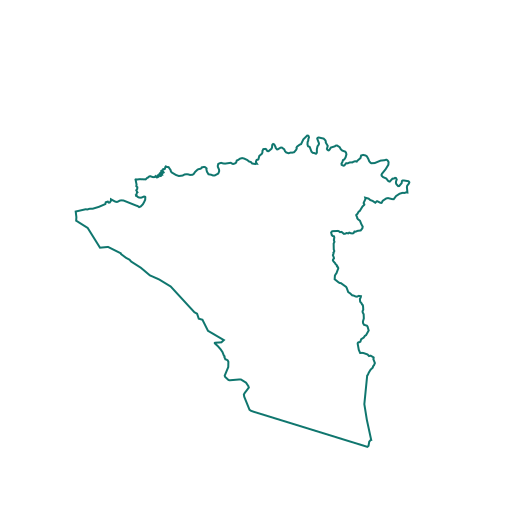 the district of Gontougo, Zanzan, Ivory Coast, rotated 115°
{"feature_id": "98640826B5040161076408", "entity_name": "Gontougo", "entity_type": "district", "adm_level": 2, "iso_a3": "CIV", "parent_name": "Ivory Coast", "parent_adm1": "Zanzan", "projection": "natural_earth1", "projection_center": [-3.58, 7.921], "detail": "fine", "context": "isolated", "style": "outline", "palette": "teal", "viewbox_px": 512, "rotation_deg": 115, "n_neighbors": 0, "source": "geoboundaries", "source_scale": "gbopen_adm2", "svg_char_len": 6159}
<svg xmlns="http://www.w3.org/2000/svg" viewBox="0 0 512 512"><g transform="rotate(115 256 256)"><path d="M134.5,145.6L129.9,148.3L128.4,148.7L126.0,148.1L124.6,148.1L124.2,148.4L123.8,149.4L124.9,153.4L125.5,154.9L126.0,155.3L126.4,155.4L128.4,154.8L132.1,155.8L132.6,156.7L131.6,159.1L130.6,160.1L129.2,160.6L127.2,160.8L126.2,162.1L126.4,163.0L127.6,163.8L128.2,165.0L132.0,166.2L132.2,166.7L132.1,168.0L130.7,170.7L130.8,174.2L130.1,176.1L129.3,176.6L128.2,176.6L122.6,175.2L117.4,174.6L114.9,175.5L113.9,176.9L113.6,178.1L113.7,178.7L114.8,179.9L116.9,183.4L121.6,187.7L123.2,190.7L123.1,191.6L122.3,193.4L120.5,195.3L118.8,197.7L118.6,199.2L119.1,201.6L120.5,203.2L123.1,202.7L127.1,204.5L127.9,204.6L128.2,206.2L129.6,207.7L130.4,208.1L131.6,210.6L133.3,212.1L133.8,213.5L136.6,214.2L137.2,214.9L137.2,216.9L136.1,217.6L134.6,217.4L132.3,217.7L131.9,217.2L130.6,216.7L128.8,216.5L125.7,217.0L124.3,218.1L123.7,219.2L124.0,222.4L123.4,224.3L122.0,226.2L121.6,229.3L122.3,230.4L123.3,230.9L126.1,234.0L128.7,234.3L129.4,234.6L129.7,235.0L129.6,236.0L129.0,237.0L125.9,237.5L123.7,240.7L122.5,241.3L121.9,242.0L121.0,244.3L122.1,249.3L122.9,250.1L123.8,250.1L127.3,246.5L128.5,246.2L130.6,246.6L133.4,246.0L136.7,244.5L137.9,244.8L138.1,245.3L138.0,246.4L138.5,248.2L138.0,249.8L134.6,253.3L134.4,253.7L134.6,254.8L134.4,255.4L133.1,256.5L130.9,257.4L129.4,257.4L127.8,258.0L126.2,258.1L125.2,258.9L124.9,259.6L125.2,260.5L130.3,262.4L135.5,262.4L136.7,263.5L139.5,265.0L140.7,265.1L141.4,264.5L142.8,264.5L145.8,265.3L147.0,266.8L147.7,268.4L149.1,269.9L149.4,272.4L148.7,274.1L147.4,275.5L146.8,278.4L147.4,279.5L150.2,281.4L150.5,282.1L149.6,284.0L149.0,284.3L147.2,286.6L147.2,287.8L148.1,288.2L148.8,288.1L151.0,287.3L152.3,287.3L155.7,288.9L156.1,290.0L155.6,291.1L155.0,291.7L154.9,292.6L156.0,294.5L157.9,294.6L159.6,293.9L160.9,293.9L163.9,295.3L167.3,294.7L167.7,294.8L168.6,296.0L170.2,296.0L171.0,295.7L172.0,294.2L172.3,295.0L172.9,295.4L173.8,298.6L173.0,300.4L173.3,302.2L172.7,304.5L172.7,308.0L173.1,309.9L174.5,311.6L176.4,312.7L177.6,313.8L179.7,313.5L180.6,313.9L182.0,315.2L182.4,316.2L182.2,318.3L185.3,323.0L186.0,324.9L186.3,326.9L187.2,328.0L188.5,329.1L190.2,328.8L191.3,328.3L193.2,326.1L194.5,325.3L195.6,325.1L197.3,325.1L200.4,327.4L201.2,329.0L201.3,331.0L202.0,333.6L200.3,336.1L198.6,337.5L197.5,337.8L197.0,339.6L197.2,340.7L198.6,342.6L199.1,342.5L200.3,343.1L201.7,344.9L202.5,345.5L205.4,346.7L208.2,347.2L209.3,348.0L210.4,350.0L210.7,352.1L211.3,353.6L212.3,355.2L214.1,356.5L216.1,359.7L216.4,362.8L215.9,367.7L215.3,368.9L214.3,369.6L212.4,372.8L213.0,374.4L212.9,375.6L213.7,375.8L215.5,375.4L216.1,375.8L216.4,376.8L217.2,376.8L219.0,377.8L219.3,377.5L218.9,376.9L218.8,375.8L219.3,375.0L219.7,375.2L220.0,376.6L220.7,377.7L221.0,377.8L221.0,376.2L221.6,375.7L221.8,377.9L222.3,378.2L223.2,377.7L223.3,377.3L222.5,375.9L222.8,375.7L223.8,376.1L224.1,377.0L223.8,377.9L224.0,378.8L224.7,379.2L225.7,378.1L226.7,379.0L226.2,380.8L226.9,380.8L227.6,381.7L228.1,382.9L228.4,385.7L229.5,386.7L230.4,386.9L231.1,387.6L233.2,388.4L235.6,394.0L237.0,396.2L237.3,397.3L237.6,397.5L241.8,394.4L243.3,394.0L243.8,392.6L245.4,392.0L247.0,392.3L248.4,390.4L248.8,390.7L251.1,390.3L251.5,390.6L252.2,390.0L252.0,389.2L252.4,388.4L252.5,387.1L252.1,385.6L251.5,384.5L249.4,382.6L249.2,381.5L249.4,381.2L251.9,380.2L254.5,380.2L257.0,380.4L259.8,381.4L261.1,382.6L260.7,384.6L260.9,385.1L261.7,399.5L262.4,401.4L263.3,402.8L265.4,404.4L266.0,405.4L266.2,406.9L265.9,411.4L267.3,410.8L269.4,411.2L269.9,412.2L269.3,413.3L270.8,414.9L272.6,414.5L277.9,419.2L282.1,423.9L283.6,426.9L285.1,428.5L285.6,430.1L291.9,438.2L296.7,435.2L300.0,433.9L301.7,420.4L314.4,400.9L310.3,393.9L310.7,379.7L311.3,379.1L312.6,373.0L312.8,369.1L313.8,366.8L315.3,355.5L318.4,344.0L318.2,333.9L319.7,320.4L333.0,288.1L333.2,285.0L337.0,281.4L336.4,277.6L344.1,267.9L345.8,249.6L348.9,250.9L351.6,255.9L352.1,256.6L352.6,256.4L353.9,252.3L355.6,248.5L357.3,245.7L359.7,243.2L360.2,242.1L360.9,242.0L362.6,240.1L362.4,238.9L362.6,237.5L363.6,236.3L368.4,234.2L377.7,233.8L378.6,232.9L380.0,228.6L379.8,227.4L374.8,218.7L374.3,217.4L375.0,211.5L377.2,207.9L378.3,206.9L384.7,208.3L386.6,208.5L388.5,207.2L398.1,196.9L398.4,195.1L398.1,191.9L381.9,74.4L380.5,73.8L376.4,74.9L374.2,74.3L374.0,73.9L357.5,86.4L344.5,95.2L317.4,104.7L316.3,104.4L314.1,104.5L310.6,104.1L307.8,103.0L306.5,103.3L305.2,102.9L302.8,103.0L299.8,106.1L298.5,106.3L298.2,106.6L297.9,110.0L298.9,111.3L298.1,113.3L298.5,117.4L298.9,118.8L299.9,120.6L297.6,123.2L292.5,126.8L291.6,127.0L290.9,126.7L290.4,125.8L289.5,125.2L287.0,125.5L284.4,123.9L282.4,123.6L281.2,122.8L275.9,122.4L272.9,125.0L272.3,126.0L272.7,129.1L271.5,130.7L270.2,131.4L267.0,131.9L263.3,133.8L262.1,135.4L261.0,136.1L259.4,136.1L256.9,137.4L255.4,138.4L255.1,139.5L254.4,140.1L253.4,142.3L251.0,143.7L249.4,143.6L248.1,143.9L248.7,146.0L250.2,147.3L250.6,148.7L250.6,150.8L251.0,152.2L250.1,154.8L249.7,157.2L246.5,160.4L245.9,161.3L244.7,167.6L245.1,168.7L245.0,170.0L243.8,174.9L240.4,176.2L238.9,176.1L237.7,175.8L232.5,176.2L231.6,176.8L231.3,178.1L230.8,178.1L230.3,178.7L229.7,180.5L229.1,181.2L228.1,183.6L227.4,184.5L226.6,184.7L225.3,184.3L224.6,184.7L222.7,186.7L221.1,186.7L220.2,187.3L219.0,187.0L218.2,187.3L217.2,188.3L211.9,190.9L210.0,190.9L209.1,191.9L208.4,192.0L207.9,192.5L206.4,192.7L205.2,193.6L205.5,195.1L205.0,195.7L205.0,196.2L203.0,197.8L201.7,197.6L201.1,197.0L198.7,192.4L198.5,191.6L198.9,190.0L198.0,188.6L198.8,185.7L198.0,184.5L196.9,183.6L196.5,181.9L195.4,181.4L195.3,179.5L194.7,178.0L194.1,177.3L192.2,177.1L191.9,176.0L190.3,174.6L188.6,171.9L186.0,171.3L184.3,171.7L182.7,173.9L180.1,176.7L179.6,179.0L179.1,180.1L178.5,180.4L176.7,182.4L176.3,182.5L175.0,181.9L172.4,181.7L171.4,181.0L166.1,180.4L163.8,179.5L163.4,179.6L162.7,180.7L162.2,180.9L158.0,180.9L157.0,181.7L156.4,178.2L157.0,176.1L156.8,173.6L157.3,170.4L155.4,169.7L155.1,169.2L155.2,166.0L155.0,164.9L154.7,164.6L152.4,164.5L148.8,162.3L147.7,160.8L146.9,156.6L146.3,155.2L142.5,154.4L138.9,152.2L136.9,150.0L136.0,147.9L134.9,146.9L134.5,145.6Z" fill="none" stroke="#0f766e" stroke-width="2"/></g></svg>